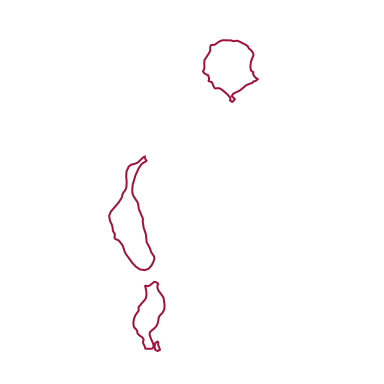 Las Palmas, Albers equal-area conic projection, rotated 140°
{"feature_id": "ESP-5829", "entity_name": "Las Palmas", "entity_type": "Autonomous Community", "adm_level": 1, "iso_a3": "ESP", "parent_name": "Spain", "parent_adm1": "", "projection": "albers", "projection_center": [-14.437, 28.512], "detail": "fine", "context": "isolated", "style": "outline", "palette": "rose", "viewbox_px": 384, "rotation_deg": 140, "n_neighbors": 0, "source": "natural_earth", "source_scale": "10m", "svg_char_len": 2737}
<svg xmlns="http://www.w3.org/2000/svg" viewBox="0 0 384 384"><g transform="rotate(140 192 192)"><path d="M266.1,163.5L270.3,161.7L274.5,161.1L278.3,162.4L281.6,166.1L282.9,170.4L283.3,176.2L282.5,187.2L281.8,189.9L279.8,194.8L279.4,196.6L279.3,200.9L279.4,202.3L279.8,203.1L280.8,205.0L281.0,205.9L280.5,207.1L278.4,209.0L278.0,209.8L277.9,211.0L277.7,212.2L277.4,213.4L275.5,216.1L274.5,218.3L273.3,222.7L270.8,227.0L267.0,229.1L255.0,231.1L249.8,232.7L246.0,235.3L241.5,236.5L239.1,237.9L235.4,241.9L232.4,246.2L229.0,249.8L224.2,252.1L221.3,252.1L216.8,250.0L214.5,249.4L206.9,249.9L205.5,249.4L206.0,249.0L206.4,247.4L206.8,245.9L206.7,245.4L207.5,245.1L211.4,245.8L213.6,245.6L217.9,244.3L224.4,241.2L232.5,235.9L235.9,232.6L237.7,230.4L238.9,228.3L239.6,225.7L240.3,219.3L241.2,217.0L243.7,213.1L246.5,203.9L247.2,202.4L248.6,201.3L252.0,195.7L254.5,189.3L259.0,182.7L260.3,176.3L261.9,172.3L262.4,167.7L263.0,166.0L264.2,164.7L266.1,163.5ZM104.7,254.3L105.6,255.0L107.4,256.2L107.9,257.0L107.6,259.0L106.7,261.4L106.3,263.7L107.8,265.8L107.8,266.6L106.6,267.3L105.7,268.4L104.6,271.1L105.6,273.0L106.3,275.3L106.1,277.3L104.2,278.1L102.8,279.0L99.1,283.6L97.5,285.1L89.4,287.5L88.1,288.2L87.5,288.3L84.5,291.7L83.1,292.3L81.9,291.7L80.9,290.7L79.8,290.2L74.9,289.8L72.7,289.3L70.8,288.4L64.7,283.1L63.8,281.7L63.4,280.9L61.0,279.5L60.0,278.6L59.5,277.9L56.3,270.5L55.6,267.8L56.2,265.3L55.8,263.8L55.6,261.8L55.8,259.8L56.3,258.2L57.3,257.1L61.8,254.7L63.9,253.2L66.7,250.5L68.7,247.3L68.1,244.2L69.4,243.0L69.9,240.7L69.7,238.1L69.1,236.2L70.3,236.1L71.5,236.2L72.7,236.5L73.7,237.2L75.4,236.8L81.5,238.9L90.1,239.0L97.2,240.8L99.9,239.9L99.5,235.6L102.9,235.0L103.3,235.2L103.9,236.9L103.9,237.9L102.9,238.3L102.1,239.9L102.1,243.4L102.8,248.5L103.1,249.4L103.3,250.9L103.8,252.7L104.7,254.3ZM321.0,98.1L323.0,97.6L325.1,98.9L328.4,102.0L327.3,104.6L326.9,106.7L326.1,108.5L323.9,110.0L323.5,112.0L323.8,113.7L324.4,115.6L324.7,117.9L324.5,118.8L323.5,120.5L323.2,121.5L323.1,122.6L323.3,124.9L323.2,126.0L321.4,129.1L318.2,132.0L314.5,134.0L309.2,135.4L308.1,136.6L307.3,137.9L305.9,138.4L304.1,138.6L301.5,139.2L299.7,139.3L295.8,140.2L292.8,142.6L290.4,146.0L288.4,150.0L287.7,150.0L286.5,148.2L284.2,147.5L278.8,147.5L278.0,146.8L277.2,145.2L276.9,143.7L277.3,143.0L278.5,142.6L279.5,141.6L280.7,139.5L281.1,137.3L281.5,131.0L281.8,129.3L285.6,123.1L287.6,120.9L289.2,119.7L291.0,118.9L293.1,118.3L295.7,118.1L297.8,117.5L301.6,114.2L303.8,112.8L305.9,112.1L307.7,111.8L313.4,111.8L315.0,111.3L316.3,109.7L317.6,106.5L318.8,102.2L319.6,100.0L321.0,98.1ZM320.6,92.3L321.6,94.7L320.0,97.7L317.2,99.9L314.5,99.5L314.5,98.5L316.2,96.7L317.1,93.8L318.1,91.7L320.6,92.3Z" fill="none" stroke="#9f1239" stroke-width="2"/></g></svg>